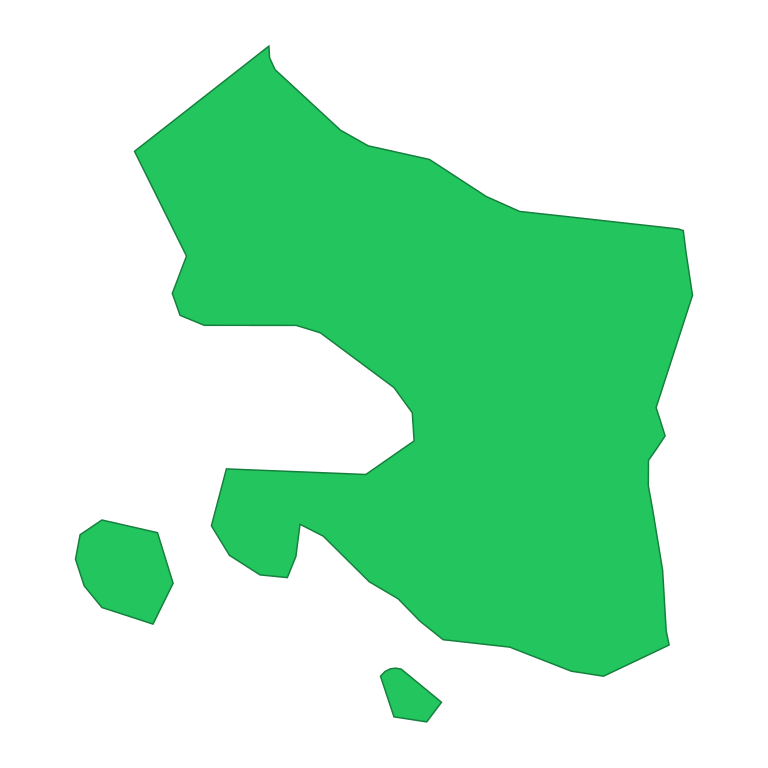 outline of Qazax
{"feature_id": "AZE-1684", "entity_name": "Qazax", "entity_type": "District", "adm_level": 1, "iso_a3": "AZE", "parent_name": "Azerbaijan", "parent_adm1": "", "projection": "natural_earth1", "projection_center": [45.184, 41.159], "detail": "fine", "context": "isolated", "style": "filled", "palette": "green", "viewbox_px": 768, "rotation_deg": 0, "n_neighbors": 0, "source": "natural_earth", "source_scale": "10m", "svg_char_len": 944}
<svg xmlns="http://www.w3.org/2000/svg" viewBox="0 0 768 768"><path d="M365.8,474.5L414.1,440.9L412.3,412.8L394.0,387.6L320.3,332.8L296.2,325.4L204.2,325.3L180.1,315.4L172.3,293.4L186.5,256.1L134.5,151.3L268.9,46.1L269.6,57.8L275.1,69.7L340.5,130.2L368.1,145.8L429.5,159.5L486.2,196.5L519.5,211.4L678.3,229.0L683.3,230.6L686.0,252.2L692.5,295.3L656.1,407.6L660.8,422.2L665.1,435.9L656.5,448.9L648.5,460.3L648.3,485.6L652.7,509.8L662.6,570.1L666.2,630.9L669.0,644.4L669.1,645.0L603.5,676.2L571.3,671.2L509.6,647.1L443.1,639.7L420.0,621.2L398.1,598.8L369.3,581.8L323.3,536.2L300.0,524.3L295.9,556.5L287.3,577.6L260.0,574.9L229.5,555.4L211.4,525.8L226.4,468.9L365.8,474.5ZM101.9,520.0L157.5,532.7L173.1,583.3L153.0,624.1L101.9,607.5L84.2,585.9L75.5,559.2L80.1,534.7L101.9,520.0ZM395.4,668.1L401.2,669.1L441.5,702.3L426.7,721.9L394.0,716.9L380.5,676.2L384.9,671.6L389.8,669.0L395.4,668.1Z" fill="#22c55e" stroke="#15803d" stroke-width="1.5"/></svg>